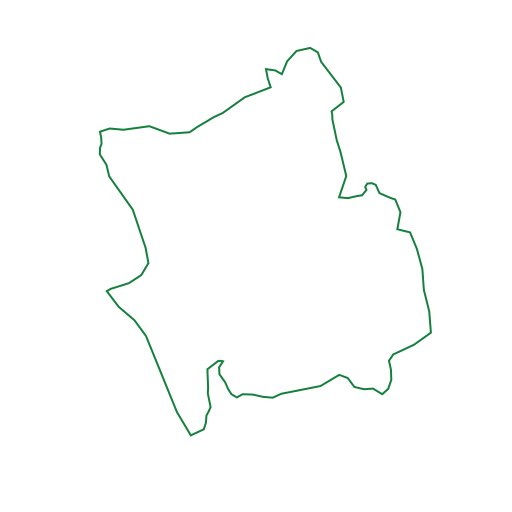 the District of Pŏḷŏnnaruva, rotated 155°
{"feature_id": "LKA-2453", "entity_name": "Pŏḷŏnnaruva", "entity_type": "District", "adm_level": 1, "iso_a3": "LKA", "parent_name": "Sri Lanka", "parent_adm1": "", "projection": "mercator", "projection_center": [81.021, 7.997], "detail": "fine", "context": "isolated", "style": "outline", "palette": "green", "viewbox_px": 512, "rotation_deg": 155, "n_neighbors": 0, "source": "natural_earth", "source_scale": "10m", "svg_char_len": 1395}
<svg xmlns="http://www.w3.org/2000/svg" viewBox="0 0 512 512"><g transform="rotate(155 256 256)"><path d="M124.5,274.6L120.2,273.0L117.4,269.9L117.5,260.8L110.4,252.7L105.9,248.3L106.6,234.6L116.6,220.5L106.4,212.3L107.2,194.3L110.7,174.0L118.2,154.3L122.4,132.6L129.9,112.6L150.3,108.8L173.1,108.8L179.7,104.9L181.8,95.8L185.7,86.6L192.3,79.7L200.0,77.4L206.0,86.4L214.4,89.6L222.2,95.8L224.4,106.6L230.8,113.1L252.5,110.9L291.5,120.5L300.7,120.5L309.2,125.4L317.5,131.8L326.6,136.4L333.1,135.9L336.7,141.1L337.5,147.7L337.3,154.4L339.1,164.3L336.4,170.8L330.4,174.5L332.4,176.0L334.9,176.8L347.9,173.9L355.1,156.8L357.7,151.9L361.0,138.3L364.5,135.2L368.4,132.3L371.8,126.1L376.5,121.0L382.9,121.0L390.9,121.0L393.6,148.1L389.5,230.0L393.3,249.1L401.9,267.9L406.1,287.2L401.4,287.6L382.7,285.1L368.0,287.2L356.5,295.0L352.6,310.1L348.1,350.0L355.4,390.2L353.0,401.9L354.6,414.1L351.8,419.7L348.5,423.1L346.1,429.2L344.9,434.6L334.8,433.4L322.7,426.4L297.8,418.7L282.6,403.4L263.9,396.2L254.5,397.8L235.3,399.7L225.6,399.7L199.0,404.6L171.4,402.7L170.3,412.0L168.0,421.1L160.2,416.1L155.7,409.9L145.5,419.3L132.6,424.7L119.0,421.7L113.9,414.5L114.9,404.4L107.9,372.8L111.4,358.6L126.3,355.2L127.3,351.5L129.0,347.7L133.9,326.8L135.4,314.9L140.4,290.3L155.9,274.1L148.3,269.6L140.2,267.9L134.2,266.2L128.0,269.2L127.8,272.5L124.5,274.6Z" fill="none" stroke="#15803d" stroke-width="2"/></g></svg>